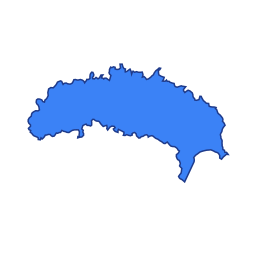 the district of Boa Ventura de São Roque, Paraná, Brazil, rotated 240°
{"feature_id": "56859067B13475080868698", "entity_name": "Boa Ventura de São Roque", "entity_type": "district", "adm_level": 2, "iso_a3": "BRA", "parent_name": "Brazil", "parent_adm1": "Paraná", "projection": "robinson", "projection_center": [-51.567, -24.83], "detail": "fine", "context": "isolated", "style": "filled", "palette": "blue", "viewbox_px": 256, "rotation_deg": 240, "n_neighbors": 0, "source": "geoboundaries", "source_scale": "gbopen_adm2", "svg_char_len": 4758}
<svg xmlns="http://www.w3.org/2000/svg" viewBox="0 0 256 256"><g transform="rotate(240 128 128)"><path d="M144.1,81.6L143.3,83.5L143.9,85.9L145.5,86.8L147.1,86.8L148.4,88.1L150.3,87.5L151.5,88.8L152.7,90.2L152.6,92.2L152.3,93.7L150.7,93.9L149.8,95.4L148.4,96.7L148.7,98.0L150.9,99.3L152.6,100.0L153.1,101.9L152.4,102.9L150.8,103.4L149.6,104.4L148.5,106.0L147.2,106.4L145.8,106.4L144.1,106.7L141.7,107.3L141.4,109.2L140.9,110.9L139.1,110.3L138.1,109.3L136.4,109.4L137.2,111.3L137.8,113.0L137.7,115.0L136.3,116.9L134.7,117.0L134.5,114.8L133.2,114.7L131.4,115.2L129.2,117.1L130.7,118.0L131.6,119.0L130.1,120.0L128.7,121.0L126.4,122.4L125.0,121.5L124.0,120.3L123.0,121.7L122.9,123.6L121.5,124.7L120.1,126.2L119.8,128.2L121.0,128.6L121.2,130.1L120.8,131.5L119.2,132.1L116.8,131.5L113.8,132.4L113.4,133.8L113.9,135.2L113.3,136.7L113.4,139.1L112.8,140.9L111.2,141.4L110.0,141.0L110.1,142.8L109.4,144.9L108.1,145.8L106.9,146.1L105.1,146.9L103.3,148.3L101.1,149.2L99.3,150.3L98.0,150.8L96.8,151.3L96.0,152.3L96.2,155.0L94.2,155.3L92.5,155.6L90.9,156.1L89.7,157.3L88.5,159.1L87.2,159.8L85.6,160.4L83.9,160.3L82.4,161.0L81.4,159.6L80.9,158.3L80.8,156.7L79.2,155.6L77.8,155.3L75.9,155.2L74.2,156.2L72.7,155.9L71.3,155.7L70.3,154.8L69.4,153.7L67.6,154.0L66.1,154.4L64.9,153.4L63.5,152.4L62.3,151.2L61.8,149.7L60.8,147.6L59.2,147.5L57.8,147.9L56.6,148.8L55.1,149.4L53.0,150.1L65.7,168.3L67.0,169.3L68.2,169.9L69.5,170.1L70.6,172.8L70.8,175.1L71.0,176.7L71.2,178.3L70.8,180.5L70.2,182.7L69.4,185.2L68.5,187.0L67.7,188.8L66.3,189.9L65.2,190.7L63.6,191.6L62.3,192.9L61.0,193.6L59.8,193.7L58.4,193.7L56.1,192.4L54.2,193.4L55.3,196.2L55.6,198.0L56.0,200.1L55.0,201.5L56.2,201.4L57.7,201.1L58.5,199.7L60.5,200.4L61.9,199.4L63.9,200.4L65.5,200.6L66.5,201.2L68.0,201.9L69.8,203.1L71.3,203.4L72.6,203.3L74.1,204.1L76.0,204.6L76.9,205.6L77.9,207.4L79.5,208.8L80.3,209.8L81.3,211.9L81.8,213.4L83.4,213.6L84.8,213.6L86.6,213.2L87.6,214.3L89.1,214.8L91.3,214.6L93.4,214.2L94.8,213.6L96.2,213.3L98.1,213.7L99.8,214.0L101.1,213.4L101.7,214.5L103.0,213.2L103.7,212.0L104.8,210.5L106.2,209.2L107.9,209.7L108.9,210.1L110.3,208.2L112.1,207.7L114.0,207.0L117.1,207.0L118.8,207.2L119.5,206.2L118.2,204.8L117.1,203.7L117.7,201.2L118.7,199.9L120.3,200.4L121.4,199.9L123.0,200.1L124.3,200.8L126.3,201.2L129.1,200.2L130.7,198.9L130.6,196.7L130.3,195.0L132.4,194.7L133.6,195.3L134.9,198.6L135.7,197.6L137.0,196.0L137.9,195.2L138.3,193.3L138.8,190.9L140.3,189.6L141.7,189.6L143.5,190.2L144.8,188.8L146.7,187.2L147.8,187.0L148.8,185.3L150.3,185.3L149.9,183.9L150.5,182.6L151.4,181.4L152.4,183.2L153.8,184.7L156.2,182.6L158.5,181.3L160.3,181.9L161.4,182.5L162.6,183.0L162.6,184.7L163.4,186.1L164.4,185.0L163.9,182.8L163.7,180.8L162.7,178.5L161.4,176.6L161.2,174.9L160.7,173.3L160.3,170.4L160.8,168.3L162.7,168.2L164.5,167.6L164.9,165.9L166.4,167.5L167.6,167.9L169.3,168.3L170.2,166.3L171.1,164.8L172.5,163.6L173.0,161.5L174.7,160.8L174.0,159.4L172.9,158.1L175.5,159.0L178.0,159.2L177.6,155.2L177.9,153.7L179.1,154.2L180.4,155.3L181.5,154.2L183.8,154.2L186.2,154.9L187.3,153.0L185.6,152.3L183.8,151.6L183.4,149.5L184.2,147.7L185.6,146.4L187.0,147.2L188.2,146.1L188.4,144.1L189.4,143.4L188.0,141.3L186.2,140.1L185.4,139.2L184.0,139.0L182.1,139.5L179.5,136.8L178.5,135.7L180.1,134.9L181.9,134.2L182.8,132.9L182.6,131.5L183.8,131.1L184.6,130.1L185.7,131.1L186.5,132.8L187.4,131.1L186.6,129.8L185.7,128.3L185.6,126.6L187.8,125.6L187.3,123.4L188.4,122.1L189.5,122.5L190.3,124.3L191.4,125.1L193.7,125.4L194.5,124.5L193.9,122.9L193.0,121.8L191.5,120.7L189.9,119.8L189.8,118.0L190.7,116.6L189.8,115.6L189.5,114.3L188.8,113.1L190.7,113.1L192.3,112.4L193.8,111.0L194.4,108.9L195.1,107.8L196.2,106.8L196.9,105.3L195.6,103.6L194.7,101.9L194.9,99.8L196.4,97.9L197.9,96.9L198.6,95.1L198.2,93.6L199.8,93.7L201.5,93.9L202.5,93.2L202.8,91.7L203.0,89.9L201.5,87.5L200.7,85.2L200.2,83.3L201.6,81.4L201.5,78.8L200.3,77.7L198.9,76.4L197.4,75.7L196.0,75.1L194.6,73.1L194.0,71.9L193.8,70.2L192.2,68.6L193.5,67.4L195.4,67.4L197.1,66.1L198.2,64.5L198.1,62.9L197.1,62.0L196.1,61.3L194.5,61.1L192.8,61.6L190.8,61.4L189.6,60.9L188.0,60.4L187.8,58.6L189.1,56.7L189.2,54.7L189.1,52.8L188.3,51.5L186.6,50.1L186.1,47.5L185.1,45.8L183.6,44.8L181.6,44.5L179.5,45.1L178.2,44.4L177.5,41.6L176.1,41.4L174.5,42.5L173.3,41.2L171.4,42.0L169.9,42.1L168.3,42.6L165.5,44.8L164.2,45.3L162.9,44.5L161.6,46.2L162.9,47.7L161.4,48.1L161.7,49.7L162.3,51.4L163.2,52.8L162.6,54.0L162.3,55.7L161.3,57.4L159.9,57.6L158.5,58.3L157.9,59.9L158.5,61.5L159.5,63.4L158.6,64.5L158.5,66.0L157.9,67.4L159.0,69.5L157.2,70.7L156.3,71.8L154.7,73.0L153.6,74.6L153.8,77.1L153.8,78.5L153.2,80.6L152.2,82.4L151.2,84.1L149.2,84.1L147.9,83.3L146.1,81.9L144.1,81.6ZM144.1,81.6L145.6,80.3L144.6,79.5L144.1,81.6Z" fill="#3b82f6" stroke="#1e3a8a" stroke-width="1.5"/></g></svg>